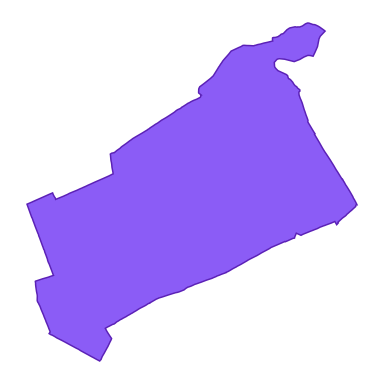 outline of Mircesti, Iasi, Romania
{"feature_id": "2599482B37092183120791", "entity_name": "Mircesti", "entity_type": "district", "adm_level": 2, "iso_a3": "ROU", "parent_name": "Romania", "parent_adm1": "Iasi", "projection": "albers", "projection_center": [26.855, 47.067], "detail": "fine", "context": "isolated", "style": "filled", "palette": "violet", "viewbox_px": 384, "rotation_deg": 0, "n_neighbors": 0, "source": "geoboundaries", "source_scale": "gbopen_adm2", "svg_char_len": 5876}
<svg xmlns="http://www.w3.org/2000/svg" viewBox="0 0 384 384"><path d="M270.8,247.6L284.8,241.5L285.1,241.8L286.4,241.3L287.6,240.8L292.9,238.4L294.5,238.1L294.8,236.8L295.5,235.2L296.3,233.2L301.0,235.3L303.1,234.2L308.6,232.0L310.5,231.2L312.7,230.4L314.1,229.8L315.7,229.2L317.3,228.6L320.2,227.1L322.7,226.2L323.6,225.8L324.7,225.5L325.9,225.0L331.4,223.0L332.8,222.4L334.8,221.5L336.7,224.7L338.3,222.9L337.9,222.3L339.4,220.9L342.4,218.1L345.3,216.0L346.0,215.4L346.9,214.3L348.8,212.7L349.6,211.9L350.1,211.5L351.7,210.2L353.7,208.3L355.7,206.5L355.7,205.9L355.9,205.1L356.6,204.8L357.0,204.8L356.5,203.7L354.3,199.5L353.4,198.1L352.8,196.6L349.7,191.2L346.6,186.2L345.8,185.1L345.3,184.2L344.2,182.1L343.6,181.3L343.1,180.2L342.4,179.1L342.2,179.3L340.4,176.5L337.7,172.1L336.1,169.7L335.4,168.5L333.9,165.9L330.5,160.4L328.8,157.8L326.7,154.6L324.7,151.7L323.6,149.9L322.5,148.1L319.4,142.6L314.9,135.0L314.5,134.2L315.0,133.8L313.6,131.6L307.8,121.9L308.0,120.4L307.5,118.9L307.0,117.5L306.0,114.9L305.6,113.7L304.9,111.5L304.3,110.0L302.2,103.0L301.0,100.0L300.3,98.5L299.1,95.1L298.9,93.2L298.9,92.2L299.1,91.8L299.8,91.3L299.9,90.4L299.8,89.8L299.3,89.4L298.1,88.5L297.7,88.2L297.1,87.4L296.7,86.7L295.2,85.8L294.1,84.5L293.5,83.6L292.8,82.3L290.7,79.9L289.6,79.0L288.5,78.6L287.9,76.9L287.7,75.8L286.5,74.6L278.7,71.0L278.0,70.7L276.3,69.0L275.2,67.7L274.7,66.9L274.5,65.8L274.5,65.1L274.4,63.9L274.3,62.3L275.1,61.5L276.0,60.4L277.2,59.2L279.2,58.7L284.6,59.2L294.2,61.6L299.9,59.4L304.0,57.0L307.8,55.4L310.1,55.5L313.1,56.2L315.0,52.3L317.5,46.6L319.0,38.9L320.2,36.3L325.1,31.1L323.9,30.1L322.5,29.1L320.0,27.3L318.2,26.2L315.5,24.9L315.0,24.8L314.4,24.6L312.7,24.5L312.1,24.2L308.9,23.1L307.6,23.0L305.5,23.8L302.4,26.0L299.6,27.0L297.7,26.9L297.3,27.1L296.8,27.1L295.1,26.8L292.7,27.3L289.9,27.9L288.8,28.5L286.9,29.8L285.3,31.5L284.7,32.1L284.2,32.7L283.4,33.4L283.0,33.7L281.4,34.1L281.2,34.2L280.8,34.5L279.9,35.4L279.0,35.9L278.6,36.3L278.1,36.6L277.5,36.8L276.3,37.2L275.4,37.4L274.3,37.5L273.6,37.5L273.1,37.6L272.6,37.8L272.5,38.2L272.5,40.0L272.7,41.0L267.5,42.3L263.7,43.1L260.3,44.1L258.0,44.5L255.4,45.3L254.7,45.4L254.1,45.7L253.4,45.8L250.1,45.6L246.7,45.5L244.1,45.3L242.9,45.4L241.0,46.6L238.8,47.5L231.1,51.1L229.0,53.8L227.0,56.1L224.6,58.8L222.9,60.8L221.5,63.0L220.8,63.9L219.7,65.6L219.2,66.5L218.7,67.0L218.1,68.1L213.3,75.8L210.4,78.5L208.5,80.0L203.7,83.8L199.7,86.8L199.4,87.5L199.1,88.0L198.8,88.8L198.7,89.3L198.7,89.9L198.6,91.7L198.6,92.6L198.7,93.0L198.9,93.2L201.3,95.1L200.9,95.3L200.7,95.6L200.7,96.6L200.6,96.8L200.4,97.1L200.1,97.4L196.9,99.1L196.5,99.3L196.2,99.4L193.6,100.4L191.1,101.6L189.5,102.6L187.9,103.3L187.0,103.9L186.5,104.3L185.7,104.8L182.6,106.8L181.9,107.1L181.7,107.3L181.4,107.6L180.7,108.2L180.3,108.5L179.2,109.0L177.6,109.7L177.0,110.1L176.2,110.6L174.5,112.1L173.0,113.1L169.2,115.6L165.9,117.7L162.6,119.6L161.5,120.2L160.3,121.1L157.7,123.0L156.9,123.5L155.7,124.1L153.1,125.9L152.2,126.5L149.9,128.0L149.4,128.5L149.0,128.8L147.9,129.4L147.5,129.8L142.1,133.1L135.9,136.7L132.9,138.5L130.5,140.3L129.7,140.8L128.8,141.5L126.2,143.5L122.2,146.3L121.3,147.0L120.0,148.3L117.1,150.3L115.3,151.8L114.9,152.2L114.4,152.6L114.2,152.5L113.5,152.8L111.6,153.2L110.3,154.1L110.5,155.3L110.7,157.7L111.0,160.6L111.5,162.8L111.8,165.1L112.0,167.4L113.0,172.6L113.1,173.9L112.7,174.0L109.2,175.8L102.7,178.7L95.1,182.0L90.3,184.2L87.8,185.3L86.2,186.1L79.4,189.1L77.1,190.2L72.9,191.9L69.3,193.4L67.5,194.4L65.2,195.4L63.5,196.2L55.6,199.4L55.5,198.7L55.3,198.0L54.4,196.8L53.3,194.7L52.6,192.9L49.7,194.1L43.7,196.8L27.0,204.2L31.7,217.3L32.2,218.1L32.7,219.5L33.1,220.8L33.5,221.7L35.2,226.4L37.9,233.3L38.3,234.1L38.5,234.5L38.7,235.7L39.5,237.6L42.7,246.4L43.0,247.1L43.7,249.2L43.9,249.5L44.3,250.2L44.6,251.1L44.6,251.5L44.8,252.1L45.0,252.6L45.6,254.2L46.1,255.5L47.0,258.0L47.4,259.1L47.7,260.6L48.3,262.2L48.6,263.0L48.9,263.3L51.9,271.2L53.1,274.5L53.5,275.4L52.8,275.6L50.7,276.3L48.2,277.2L42.6,278.8L36.3,280.9L35.8,281.0L35.4,281.2L35.3,281.5L35.6,283.3L35.6,284.7L35.8,286.5L36.1,288.7L36.5,291.5L36.8,292.9L37.1,294.3L37.3,295.8L37.2,300.3L37.3,301.0L37.5,301.5L37.9,302.4L38.6,303.4L38.8,304.0L39.1,304.6L39.6,305.5L40.2,306.8L40.7,308.3L41.2,309.6L43.5,315.0L44.1,316.7L45.5,320.0L46.1,321.8L46.5,322.6L48.3,327.0L48.7,328.2L49.7,330.6L50.0,331.4L50.1,332.0L49.1,333.6L50.9,334.7L52.3,335.2L54.8,336.6L56.8,337.9L62.4,340.7L76.3,348.2L78.6,349.3L80.5,350.6L82.5,351.7L84.5,352.8L91.8,356.8L93.4,357.6L95.5,358.8L99.7,361.0L100.2,360.3L101.0,359.6L101.5,358.3L102.3,356.4L104.3,353.0L106.9,348.2L108.1,346.1L108.2,345.7L108.6,345.0L109.0,344.2L109.2,343.7L110.2,341.6L110.8,340.5L111.6,338.6L111.1,337.8L109.8,335.9L107.8,332.8L106.7,331.0L105.3,328.3L107.7,326.9L108.8,326.4L112.6,324.4L113.2,324.2L113.9,324.1L115.5,323.0L115.5,322.8L115.7,322.7L116.8,321.8L118.0,321.2L120.4,319.6L121.6,319.1L122.7,318.4L124.2,317.6L126.5,316.4L127.6,315.6L129.7,314.5L131.3,313.5L132.2,313.1L133.4,312.3L136.3,310.6L137.1,310.1L138.1,309.4L140.5,308.0L141.7,307.4L143.3,306.6L145.4,305.5L146.4,304.9L147.8,303.9L148.3,303.6L149.1,303.4L149.8,303.1L149.7,302.9L151.4,302.0L151.9,301.7L154.3,300.3L156.5,299.0L157.4,298.7L158.8,298.0L162.2,297.0L166.1,295.7L168.5,294.9L172.3,293.7L175.6,292.7L177.3,292.4L179.0,291.9L181.8,290.8L184.2,289.8L185.8,288.4L187.0,287.7L187.4,287.3L188.5,287.0L190.9,286.2L193.9,284.8L194.4,284.5L195.8,284.0L196.3,283.9L199.3,282.8L200.6,282.4L206.6,280.1L211.8,278.4L212.7,278.0L213.5,277.6L216.0,276.6L216.8,276.1L218.4,275.5L219.3,275.2L221.4,274.3L226.1,272.6L226.0,272.4L228.5,271.3L229.3,270.8L230.2,270.3L232.8,268.7L235.1,267.5L236.3,266.9L237.3,266.2L239.1,265.3L241.0,264.3L247.2,260.7L247.7,260.3L249.9,259.1L257.4,255.3L259.6,254.0L261.4,252.9L264.0,251.5L266.1,250.4L268.3,249.2L269.8,248.4L270.8,247.6Z" fill="#8b5cf6" stroke="#5b21b6" stroke-width="1.5"/></svg>